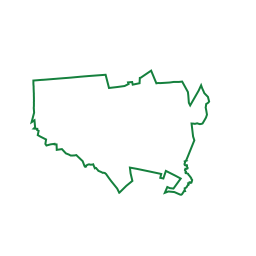 outline of Berzovia, Caras-Severin, Romania, rotated 65°
{"feature_id": "2599482B54614401056167", "entity_name": "Berzovia", "entity_type": "district", "adm_level": 2, "iso_a3": "ROU", "parent_name": "Romania", "parent_adm1": "Caras-Severin", "projection": "natural_earth1", "projection_center": [21.6, 45.4], "detail": "fine", "context": "isolated", "style": "outline", "palette": "green", "viewbox_px": 256, "rotation_deg": 65, "n_neighbors": 0, "source": "geoboundaries", "source_scale": "gbopen_adm2", "svg_char_len": 3080}
<svg xmlns="http://www.w3.org/2000/svg" viewBox="0 0 256 256"><g transform="rotate(65 128 128)"><path d="M210.5,108.8L211.0,107.7L210.7,106.8L210.0,105.7L209.4,104.7L208.9,104.1L209.2,103.4L209.3,103.0L209.1,103.0L207.9,102.7L206.6,102.1L206.7,101.1L206.5,100.5L206.4,99.9L205.6,98.8L204.8,97.6L205.1,97.2L204.9,96.9L204.4,96.8L203.6,96.8L203.7,96.4L203.6,95.7L203.2,95.4L203.3,94.8L203.8,94.5L204.3,94.3L204.3,93.6L203.3,92.7L202.7,92.1L202.1,91.8L201.2,92.1L200.4,91.9L200.0,91.9L199.7,92.1L198.7,92.1L198.0,92.4L197.0,92.5L196.1,92.9L194.9,92.9L194.2,93.6L193.3,94.3L193.2,94.8L192.9,94.8L192.7,94.3L192.1,93.9L191.5,94.1L190.2,94.2L189.8,93.9L189.2,93.2L189.7,92.6L189.8,91.8L189.8,91.4L189.8,91.1L189.3,90.8L189.0,90.9L188.3,90.9L188.0,90.9L187.6,90.8L187.2,90.5L186.7,90.3L186.3,90.9L186.4,91.3L186.2,91.7L185.8,92.1L185.1,92.2L184.5,92.0L183.4,90.9L182.2,90.7L182.3,89.4L182.3,88.8L181.9,89.0L181.8,88.8L178.9,85.6L175.9,82.4L167.2,73.1L163.2,72.6L150.8,68.5L151.9,66.5L152.5,65.7L153.0,63.3L153.7,62.6L154.9,61.2L155.1,60.4L155.3,59.7L155.4,58.8L155.4,58.5L153.4,55.6L151.5,52.9L149.8,51.3L149.3,50.8L145.7,49.8L142.1,48.9L141.7,48.5L141.2,48.2L139.3,47.0L139.2,46.0L138.9,44.4L138.3,43.3L133.6,42.4L128.7,44.1L125.9,44.0L123.7,44.0L122.3,43.9L120.2,43.7L124.0,48.2L133.8,62.1L130.9,62.2L124.0,59.6L120.7,58.5L108.8,59.3L107.7,62.6L105.6,67.0L104.4,71.0L100.9,79.9L99.9,81.8L99.5,83.4L85.8,82.8L87.8,95.2L87.6,96.1L92.3,98.6L90.7,105.4L88.1,104.8L86.7,108.7L88.4,108.9L88.5,113.4L86.2,120.8L83.7,128.3L70.3,125.8L64.5,141.1L61.5,149.2L58.0,159.0L54.4,168.6L48.3,185.0L48.2,185.1L45.0,193.7L45.7,194.0L46.3,194.3L48.1,195.1L49.1,195.5L49.9,195.8L50.1,195.8L50.9,196.2L52.7,197.0L54.4,197.7L55.8,198.3L57.1,198.8L57.7,199.1L58.3,199.4L61.3,200.7L62.3,201.2L63.8,201.8L64.0,201.9L64.3,202.1L64.8,202.4L65.8,202.8L67.9,203.8L68.9,204.3L69.7,204.8L69.9,204.9L70.0,204.9L70.2,205.0L70.3,205.0L70.5,205.1L70.8,205.3L71.0,205.3L71.5,205.5L74.4,206.6L82.0,212.9L81.5,209.5L88.1,211.9L88.7,213.6L90.4,210.6L91.4,211.2L92.8,210.2L96.3,212.8L98.7,211.1L103.8,207.1L107.5,209.6L109.4,209.3L110.1,205.1L111.3,201.3L111.8,201.5L112.7,199.7L117.7,201.8L118.8,198.1L119.2,196.8L124.5,195.1L124.8,195.0L125.3,194.5L127.1,192.8L128.2,192.0L128.7,191.6L129.5,189.9L130.2,188.2L130.3,187.9L130.7,186.3L131.2,186.1L132.3,185.7L138.9,183.1L143.8,183.5L144.6,183.4L145.1,183.2L145.2,182.3L144.8,182.2L144.4,182.1L144.3,181.4L144.3,181.1L144.3,179.5L144.5,178.6L145.2,177.8L145.6,177.0L146.1,175.8L146.2,174.9L148.4,175.0L150.5,175.1L150.5,174.1L150.8,173.8L152.0,173.6L153.0,173.2L153.6,173.1L154.2,173.0L154.7,172.6L155.0,172.3L156.7,170.8L158.0,169.8L158.1,169.3L158.4,168.8L159.0,168.0L159.3,167.9L160.5,167.3L161.2,167.2L161.7,167.1L165.1,166.5L169.0,165.7L178.3,163.4L183.0,163.3L183.0,163.2L179.7,153.9L177.8,146.4L170.1,144.8L164.7,143.0L168.8,137.2L171.1,134.1L176.1,127.4L183.7,117.3L186.8,119.8L188.7,117.3L182.9,111.8L191.4,105.1L196.1,101.6L202.1,112.4L200.1,115.6L198.1,117.3L202.3,122.0L202.6,118.2L205.7,113.0L210.5,108.8Z" fill="none" stroke="#15803d" stroke-width="2"/></g></svg>